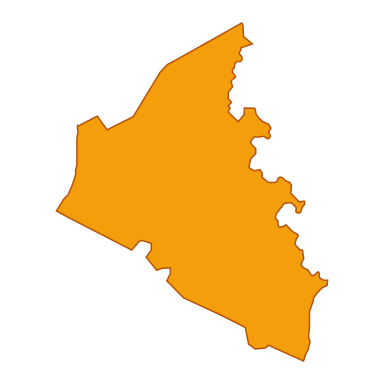 outline of Niamina West, Central River, Gambia, rotated 270°
{"feature_id": "56634734B81557661921178", "entity_name": "Niamina West", "entity_type": "district", "adm_level": 2, "iso_a3": "GMB", "parent_name": "Gambia", "parent_adm1": "Central River", "projection": "orthographic", "projection_center": [-15.252, 13.578], "detail": "fine", "context": "isolated", "style": "filled", "palette": "amber", "viewbox_px": 384, "rotation_deg": 270, "n_neighbors": 0, "source": "geoboundaries", "source_scale": "gbopen_adm2", "svg_char_len": 2813}
<svg xmlns="http://www.w3.org/2000/svg" viewBox="0 0 384 384"><g transform="rotate(270 192 192)"><path d="M339.7,251.1L340.1,252.3L347.4,243.5L358.9,242.9L361.0,241.7L347.2,217.2L331.8,189.8L327.2,181.6L323.4,174.8L322.9,174.0L319.5,167.6L319.5,167.4L319.3,167.3L317.0,165.1L311.9,160.3L284.8,143.8L267.3,133.2L265.7,129.9L254.2,107.1L267.9,97.3L257.7,77.6L258.0,77.5L257.7,77.4L250.6,78.0L249.6,77.4L244.4,76.9L228.7,76.9L219.0,76.9L214.6,75.8L212.4,75.6L210.3,75.8L204.5,74.2L198.3,72.0L193.9,70.1L189.5,68.2L184.6,63.5L181.3,61.6L173.4,56.6L173.1,56.4L167.4,66.7L134.9,129.9L134.6,130.4L133.9,131.7L134.6,132.3L135.1,132.8L138.4,135.6L142.7,139.2L143.5,142.8L141.7,147.9L140.5,151.4L133.9,151.2L126.8,146.2L126.7,146.3L113.8,156.7L115.7,162.4L116.1,168.5L116.2,170.1L111.5,170.4L110.8,170.4L110.5,170.4L103.1,166.8L103.0,167.0L86.2,183.6L78.6,200.0L75.2,207.3L70.1,218.2L69.1,220.4L65.9,226.8L63.2,232.1L56.9,244.6L56.5,245.3L39.9,248.6L35.2,254.9L35.0,255.2L36.1,265.6L38.8,268.4L37.9,270.3L23.0,303.5L24.0,303.8L29.6,305.5L34.5,308.2L37.2,308.7L42.4,310.1L43.5,309.6L47.1,308.5L49.2,308.7L58.2,309.5L67.8,309.5L72.4,309.5L81.2,312.5L83.6,313.4L86.1,313.6L91.5,317.5L93.7,319.7L96.2,322.1L97.0,323.8L98.0,325.8L98.6,327.1L99.0,327.1L103.8,327.6L103.8,323.2L106.0,319.9L107.9,319.1L110.6,319.4L112.0,318.5L111.7,317.2L109.3,315.0L108.7,313.6L108.7,311.4L114.2,307.8L114.7,306.5L116.1,303.7L117.2,302.6L118.5,301.2L119.1,301.2L121.0,301.5L125.4,303.7L133.8,302.5L134.1,299.7L135.5,298.5L139.8,294.8L145.3,296.4L148.3,298.3L149.9,297.2L150.8,295.5L152.4,292.6L159.2,286.0L157.5,283.2L156.7,279.4L159.2,278.0L163.0,278.0L165.7,275.5L166.8,275.5L170.1,276.3L180.7,284.3L181.3,291.2L176.7,296.1L175.6,296.1L174.2,296.1L172.3,295.8L170.9,297.5L171.5,300.5L176.4,302.1L179.9,304.6L182.7,304.6L182.7,303.7L182.7,302.7L182.1,299.1L190.8,290.9L199.0,291.4L201.1,290.0L201.5,289.8L203.4,285.6L206.7,281.8L206.7,281.5L206.7,279.3L205.3,277.9L202.3,276.9L201.5,274.1L201.5,268.3L206.9,262.0L210.7,262.3L214.5,259.8L213.4,255.7L213.4,253.5L216.4,249.1L217.5,249.1L225.2,250.7L230.4,255.7L235.3,255.7L239.9,251.3L241.8,250.7L242.6,250.7L247.0,254.0L247.0,259.8L247.6,262.3L247.6,263.9L245.1,267.7L245.4,268.8L247.8,270.5L249.2,269.9L251.7,268.8L254.1,269.7L255.8,271.0L259.8,268.6L262.0,263.7L262.6,262.5L265.8,258.9L270.2,255.9L272.9,255.6L275.7,254.8L275.9,250.1L275.9,244.4L269.4,244.1L262.3,238.1L269.1,231.1L271.8,228.5L272.9,228.5L275.9,230.1L276.5,229.8L278.1,227.9L279.7,229.8L281.6,231.5L284.1,229.3L285.7,228.2L291.7,228.4L295.3,230.9L296.9,232.5L297.5,232.5L301.3,231.4L302.9,231.2L304.0,232.0L307.0,235.6L311.9,232.5L314.9,232.5L316.0,234.2L320.7,235.0L322.6,237.7L322.3,240.2L324.2,242.1L327.2,241.8L330.5,239.1L334.9,241.0L336.3,241.2L339.7,251.1Z" fill="#f59e0b" stroke="#b45309" stroke-width="1.5"/></g></svg>